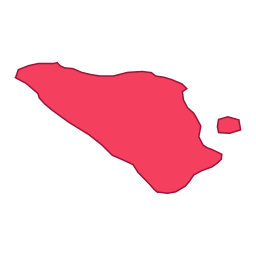 Härnösand, Västernorrland, Sweden (Natural Earth projection)
{"feature_id": "70781695B20063345867362", "entity_name": "Härnösand", "entity_type": "district", "adm_level": 2, "iso_a3": "SWE", "parent_name": "Sweden", "parent_adm1": "Västernorrland", "projection": "natural_earth1", "projection_center": [17.682, 62.713], "detail": "fine", "context": "isolated", "style": "filled", "palette": "rose", "viewbox_px": 256, "rotation_deg": 0, "n_neighbors": 0, "source": "geoboundaries", "source_scale": "gbopen_adm2", "svg_char_len": 908}
<svg xmlns="http://www.w3.org/2000/svg" viewBox="0 0 256 256"><path d="M57.4,62.7L53.5,63.5L38.4,63.5L28.4,65.7L18.3,69.7L15.8,77.1L15.4,77.6L16.2,78.1L26.2,83.4L38.0,93.6L39.3,98.0L44.7,103.9L52.2,110.2L68.7,122.2L88.8,134.6L102.1,145.1L112.2,155.2L126.3,161.4L133.1,164.7L138.0,172.4L149.3,183.9L154.1,189.4L157.6,192.4L158.4,192.1L167.6,193.3L175.8,191.8L185.5,186.0L189.6,181.1L193.7,175.0L201.4,170.8L212.1,166.8L217.3,163.1L221.3,159.2L221.8,154.3L212.6,149.8L207.0,147.7L202.9,144.9L198.8,136.7L200.8,126.1L196.7,118.3L193.6,113.1L187.5,107.7L183.4,99.9L182.4,91.7L186.8,88.6L181.8,83.8L171.4,79.5L164.5,77.4L155.7,76.0L151.3,72.6L142.0,71.5L127.5,72.4L113.4,76.0L99.8,76.0L90.5,74.5L81.7,72.4L72.8,68.6L64.8,67.9L60.4,66.0L57.6,63.2L57.4,62.7ZM218.5,119.5L217.4,126.8L218.6,132.6L229.6,133.3L240.6,129.9L238.9,119.9L227.8,116.8L218.5,119.5Z" fill="#f43f5e" stroke="#9f1239" stroke-width="1.5"/></svg>